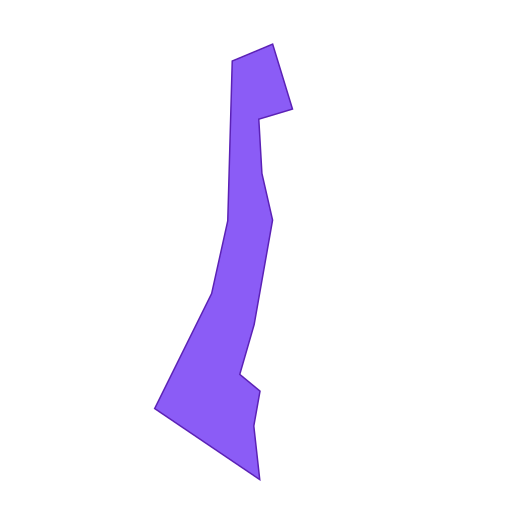 the border of Navotas, rotated 35°
{"feature_id": "PHL-5544", "entity_name": "Navotas", "entity_type": "Highly Urbanized City", "adm_level": 1, "iso_a3": "PHL", "parent_name": "Philippines", "parent_adm1": "", "projection": "robinson", "projection_center": [120.945, 14.665], "detail": "fine", "context": "isolated", "style": "filled", "palette": "violet", "viewbox_px": 512, "rotation_deg": 35, "n_neighbors": 0, "source": "natural_earth", "source_scale": "10m", "svg_char_len": 349}
<svg xmlns="http://www.w3.org/2000/svg" viewBox="0 0 512 512"><g transform="rotate(35 256 256)"><path d="M260.5,439.1L241.2,312.2L212.7,243.4L124.7,109.9L148.1,72.9L201.6,114.7L179.8,142.3L213.5,185.0L249.0,217.1L293.8,313.2L310.6,362.3L336.8,364.4L351.7,396.5L387.3,437.0L260.5,439.1Z" fill="#8b5cf6" stroke="#5b21b6" stroke-width="1.5"/></g></svg>